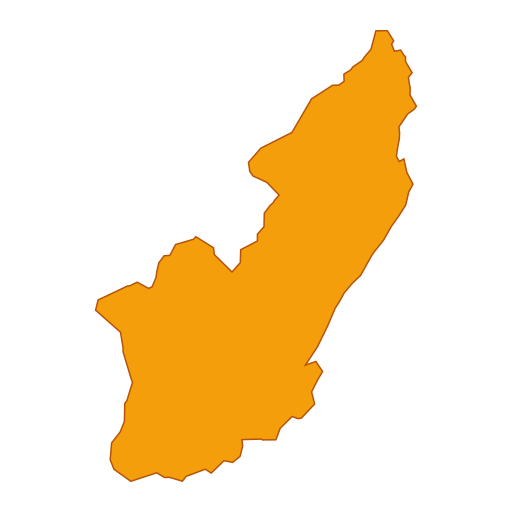 Oruk Anam, Akwa Ibom, Nigeria
{"feature_id": "59680162B34726688570577", "entity_name": "Oruk Anam", "entity_type": "district", "adm_level": 2, "iso_a3": "NGA", "parent_name": "Nigeria", "parent_adm1": "Akwa Ibom", "projection": "natural_earth1", "projection_center": [7.671, 4.827], "detail": "fine", "context": "isolated", "style": "filled", "palette": "amber", "viewbox_px": 512, "rotation_deg": 0, "n_neighbors": 0, "source": "geoboundaries", "source_scale": "gbopen_adm2", "svg_char_len": 1617}
<svg xmlns="http://www.w3.org/2000/svg" viewBox="0 0 512 512"><path d="M375.9,30.8L371.0,49.2L364.4,57.1L362.1,60.6L353.2,66.6L350.3,70.2L343.9,74.1L344.1,81.3L338.9,85.1L332.5,85.3L311.6,98.8L309.5,102.4L292.0,132.4L260.9,148.1L248.5,162.3L249.8,171.5L253.0,176.0L266.8,182.3L279.1,195.1L274.8,200.0L273.0,202.9L270.2,205.4L264.3,213.1L264.0,226.7L257.4,234.2L257.4,241.0L240.7,249.7L240.3,262.6L232.0,272.0L214.4,254.7L213.5,247.8L195.9,236.7L193.4,239.3L175.6,244.5L169.9,255.4L164.1,255.8L158.9,262.7L156.7,272.0L156.1,277.3L152.1,286.8L148.6,288.4L137.2,282.2L129.3,286.0L127.8,285.9L102.4,297.9L98.1,299.9L95.6,310.2L113.2,325.8L120.5,332.2L123.1,348.0L123.1,351.9L131.3,379.2L132.5,382.3L126.9,400.6L124.8,403.4L124.4,421.3L120.3,431.7L111.6,443.0L110.2,459.8L114.0,469.3L130.8,481.3L156.7,472.8L164.6,477.5L169.3,477.3L182.4,481.2L186.1,476.4L205.2,469.2L211.2,473.1L224.0,460.7L232.6,462.4L240.1,456.3L242.7,446.0L241.9,439.6L261.5,439.1L262.4,439.9L275.9,439.8L280.2,428.3L292.1,416.5L297.9,418.6L301.4,418.1L314.6,404.0L311.6,391.8L317.6,380.0L322.6,371.5L315.9,361.5L305.4,365.1L317.4,346.9L327.6,326.0L335.1,308.4L340.2,300.3L344.2,292.9L352.2,283.4L360.6,275.4L372.6,253.9L383.5,240.2L391.5,226.2L398.7,216.1L405.7,205.1L408.7,192.1L413.0,184.1L406.9,172.5L403.9,158.9L399.2,161.5L396.4,156.3L397.9,146.1L399.3,138.9L399.6,132.6L398.9,126.8L400.2,125.0L407.7,113.9L414.3,109.2L416.4,106.2L410.0,95.0L410.2,87.3L409.5,84.8L408.4,77.4L412.1,72.7L405.5,61.5L405.5,56.8L403.5,54.7L400.7,50.1L394.4,51.2L391.6,44.2L393.7,40.9L387.3,30.7L375.9,30.8Z" fill="#f59e0b" stroke="#b45309" stroke-width="1.5"/></svg>